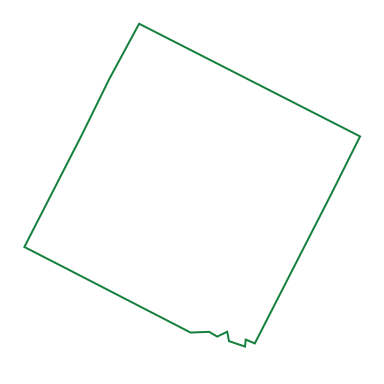 Washington, Iowa, United States of America (Equal Earth projection), rotated 117°
{"feature_id": "52423323B53294458303473", "entity_name": "Washington", "entity_type": "district", "adm_level": 2, "iso_a3": "USA", "parent_name": "United States of America", "parent_adm1": "Iowa", "projection": "equal_earth", "projection_center": [-91.625, 41.337], "detail": "fine", "context": "isolated", "style": "outline", "palette": "green", "viewbox_px": 384, "rotation_deg": 117, "n_neighbors": 0, "source": "geoboundaries", "source_scale": "gbopen_adm2", "svg_char_len": 349}
<svg xmlns="http://www.w3.org/2000/svg" viewBox="0 0 384 384"><g transform="rotate(117 192 192)"><path d="M191.4,316.1L317.1,316.4L317.3,254.0L317.9,129.5L308.8,113.2L309.4,103.9L300.5,97.2L308.1,91.3L305.6,74.6L299.1,77.1L298.4,67.3L129.8,67.0L66.2,67.5L66.1,315.5L129.0,317.0L191.4,316.1Z" fill="none" stroke="#15803d" stroke-width="2"/></g></svg>